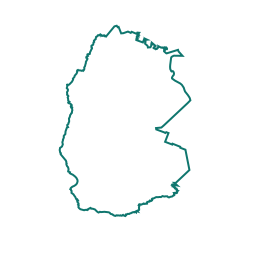 South Waikato District, Waikato, New Zealand (Natural Earth projection), rotated 21°
{"feature_id": "76426892B10420121574176", "entity_name": "South Waikato District", "entity_type": "district", "adm_level": 2, "iso_a3": "NZL", "parent_name": "New Zealand", "parent_adm1": "Waikato", "projection": "natural_earth1", "projection_center": [175.86, -38.168], "detail": "fine", "context": "isolated", "style": "outline", "palette": "teal", "viewbox_px": 256, "rotation_deg": 21, "n_neighbors": 0, "source": "geoboundaries", "source_scale": "gbopen_adm2", "svg_char_len": 5746}
<svg xmlns="http://www.w3.org/2000/svg" viewBox="0 0 256 256"><g transform="rotate(21 128 128)"><path d="M65.6,54.3L65.8,54.8L65.7,56.0L66.0,56.6L64.9,58.6L65.6,59.8L65.1,60.5L65.5,61.8L65.6,62.8L64.6,63.9L64.4,64.5L64.5,64.8L65.3,65.6L65.2,66.1L65.8,66.4L65.9,66.6L65.6,68.2L65.6,69.0L65.4,71.1L65.8,72.5L65.5,72.9L64.3,73.3L63.8,73.7L63.8,74.3L64.8,75.1L63.7,76.4L63.7,76.9L63.9,77.4L65.0,77.5L65.4,78.0L65.0,81.5L65.4,82.5L65.4,83.3L65.7,85.9L65.4,87.1L66.1,88.5L66.0,90.0L65.7,90.6L65.2,90.3L64.3,91.2L63.0,91.3L61.0,91.9L60.5,91.7L60.0,92.3L60.0,93.1L60.3,93.2L60.5,93.8L60.5,95.6L59.5,98.2L59.7,99.4L58.9,101.7L59.4,102.4L59.1,104.9L57.6,108.4L57.0,109.1L55.8,109.2L55.6,109.4L56.5,111.1L56.4,112.0L56.6,112.8L57.9,113.4L58.2,113.8L58.5,115.0L58.2,116.4L59.0,117.9L59.2,118.8L60.2,119.1L60.9,119.6L60.9,120.0L60.7,121.0L61.7,122.3L62.3,123.8L62.8,124.2L64.0,124.5L63.9,124.9L63.2,125.4L63.1,125.8L63.6,126.1L65.7,126.0L67.3,126.8L67.4,127.3L66.8,127.8L66.8,128.3L67.5,129.2L68.3,128.7L68.6,128.8L68.8,129.9L69.7,131.4L69.7,132.3L70.2,134.0L69.7,134.7L69.7,135.7L69.4,136.5L69.7,138.6L69.5,140.3L70.4,142.2L70.8,143.3L70.6,144.5L70.9,145.4L70.2,147.0L70.5,147.7L71.7,148.7L70.8,149.5L70.9,153.5L71.4,155.3L71.7,156.0L71.6,156.6L71.3,156.9L70.9,158.6L71.5,159.8L71.5,161.7L71.4,162.1L71.7,162.8L71.8,164.8L73.0,166.6L73.0,168.8L72.6,169.7L71.7,170.8L72.1,173.0L73.6,175.4L74.4,175.6L74.6,176.7L81.7,180.7L82.7,181.9L82.9,182.7L83.5,183.2L83.4,183.8L83.7,184.3L85.0,185.6L85.8,185.9L86.8,187.0L87.5,188.4L87.6,189.9L87.8,190.1L89.7,190.1L89.8,191.0L90.5,191.2L93.3,191.4L96.1,192.3L97.7,193.1L99.2,194.4L99.7,195.1L100.1,196.1L100.2,197.8L99.9,199.2L99.2,200.4L98.3,201.6L97.3,202.5L96.7,203.4L96.1,204.6L96.1,205.8L96.7,205.8L97.2,206.6L97.9,207.0L98.5,208.8L100.9,209.5L102.2,210.5L103.3,211.1L105.0,212.8L105.8,213.3L106.2,212.8L107.4,213.7L106.8,214.3L106.9,214.6L107.6,215.5L108.8,216.1L109.2,216.8L108.9,217.6L109.8,218.1L110.0,219.6L110.9,220.3L112.6,220.9L116.5,220.5L117.3,219.8L118.8,219.3L119.2,218.7L119.7,218.9L120.3,217.5L121.6,216.0L122.0,216.1L122.5,216.5L124.0,216.0L126.3,215.9L129.0,217.1L130.7,217.5L131.3,217.0L131.8,216.3L132.9,216.2L136.0,214.7L140.3,213.6L141.3,213.7L142.3,214.3L143.0,214.4L144.0,214.2L144.7,214.4L144.8,214.3L146.0,214.7L147.2,214.7L147.9,214.5L148.4,213.7L149.5,213.5L149.8,213.2L151.8,212.7L152.3,212.2L153.2,212.3L154.0,211.8L154.1,211.3L154.5,210.9L155.0,211.2L157.0,211.2L157.4,210.4L156.9,209.8L157.0,209.4L158.1,208.9L158.6,208.2L159.8,207.9L160.3,207.2L161.4,206.4L161.6,205.9L162.6,205.2L162.9,204.7L164.2,204.4L164.2,204.0L165.0,203.6L165.7,203.8L165.4,202.9L165.5,202.6L166.8,202.5L166.3,202.2L166.3,201.9L166.9,201.3L167.5,200.9L167.7,200.4L167.4,199.5L167.0,199.0L166.7,198.2L166.6,196.8L166.0,196.6L166.1,196.4L165.9,196.3L166.1,195.9L165.7,195.9L165.7,195.4L166.3,194.9L167.7,194.9L168.1,194.4L168.9,193.9L169.1,193.5L169.5,193.0L170.1,193.2L170.6,193.0L170.8,192.6L171.9,192.4L172.2,191.6L172.6,191.8L172.9,191.7L172.5,190.6L172.5,190.1L173.0,190.0L173.5,189.4L174.2,189.2L174.3,188.8L174.8,188.6L174.9,188.3L174.3,188.2L174.4,187.9L175.2,188.0L175.8,187.8L176.4,186.9L176.4,186.7L175.9,186.3L175.7,185.3L175.2,184.9L176.0,185.2L176.7,185.0L179.1,182.4L180.9,181.8L182.1,181.1L183.5,180.7L184.6,179.2L186.4,179.0L187.4,178.4L189.1,177.7L190.4,178.2L191.2,178.1L192.3,177.0L193.8,176.1L194.7,174.6L195.1,174.4L195.3,173.9L195.0,173.6L194.7,173.7L194.6,173.2L195.0,173.1L194.8,172.4L194.3,172.1L195.7,171.3L196.3,171.6L196.9,171.2L196.9,170.9L196.5,170.6L196.9,169.8L196.6,169.5L196.9,168.9L196.3,169.0L196.1,168.1L195.6,167.7L195.4,167.8L195.5,168.2L195.1,168.2L194.9,167.9L194.8,167.3L194.3,167.4L194.1,167.1L193.4,166.8L193.2,167.1L192.9,166.6L192.6,167.0L192.3,166.9L192.0,166.7L192.0,166.4L191.5,166.6L190.9,166.5L190.8,166.2L190.4,166.4L190.2,165.9L190.3,165.6L190.0,165.3L189.8,165.5L189.4,165.5L189.5,164.9L189.2,165.0L188.9,164.9L194.6,164.0L191.0,162.6L192.2,162.2L200.4,145.2L189.4,127.7L183.9,127.7L183.5,126.8L175.2,126.7L175.2,127.6L167.6,127.6L167.6,118.2L165.2,118.2L164.6,119.3L163.5,119.1L154.9,119.2L154.2,118.0L159.0,115.6L160.6,112.6L174.8,83.3L176.3,79.8L175.0,78.0L174.2,77.3L172.1,75.8L168.2,73.5L167.2,72.4L165.5,70.3L162.8,68.4L160.8,67.7L154.7,66.9L151.4,66.0L151.1,65.5L151.0,65.0L151.2,63.4L151.7,61.9L151.3,60.4L150.5,59.4L149.7,58.9L149.3,58.9L148.5,59.6L148.1,59.5L146.3,57.8L145.4,55.9L144.8,54.0L143.1,47.0L143.2,46.0L144.6,44.3L145.3,43.9L153.0,41.1L147.7,38.4L146.7,37.1L137.3,44.5L136.8,44.5L134.2,43.5L134.0,42.9L134.3,43.1L134.6,42.0L134.3,41.9L134.1,40.9L134.7,40.9L136.1,40.4L136.0,39.9L135.1,39.2L134.7,39.1L134.5,39.5L133.5,39.5L133.1,39.6L133.0,40.0L132.7,40.2L133.0,40.5L132.9,40.8L132.4,40.7L132.2,40.4L131.9,40.7L131.1,40.5L130.3,40.9L130.2,41.1L127.4,40.8L127.7,41.1L127.1,42.6L126.8,42.5L126.7,43.7L125.9,44.3L125.8,44.1L125.4,44.0L124.4,44.4L123.2,44.2L123.1,43.8L124.3,41.5L119.5,39.8L119.6,40.6L119.9,40.7L119.8,40.9L120.0,41.1L119.8,41.1L120.2,41.3L119.8,41.7L120.2,42.9L120.0,44.6L117.7,45.7L117.2,44.8L116.6,44.2L113.8,43.2L113.4,42.3L113.6,41.9L113.2,41.3L113.3,40.8L112.4,39.4L112.6,39.5L114.2,38.7L111.2,38.5L111.2,42.8L105.0,42.9L105.2,42.5L104.6,42.5L104.8,42.0L104.6,41.4L104.4,41.3L104.0,41.4L104.1,40.9L104.5,40.6L104.0,40.4L104.1,39.9L103.9,39.7L103.5,39.7L103.4,39.1L103.9,38.4L104.9,38.5L104.7,38.1L104.8,37.7L104.3,37.5L104.7,37.2L104.3,37.0L103.8,37.5L103.6,37.3L103.6,37.0L103.9,36.8L104.3,35.1L102.5,35.6L102.4,36.0L102.6,37.0L96.9,36.9L96.5,38.2L93.4,38.0L89.6,41.2L87.7,42.1L83.0,37.0L82.3,37.6L80.8,36.6L78.9,38.0L74.7,50.5L73.1,50.0L72.9,50.7L71.8,50.4L71.2,51.1L70.3,50.9L69.9,51.5L69.4,50.7L68.6,50.5L67.8,51.9L67.4,51.8L66.6,52.3L66.5,53.3L65.6,54.3Z" fill="none" stroke="#0f766e" stroke-width="2"/></g></svg>